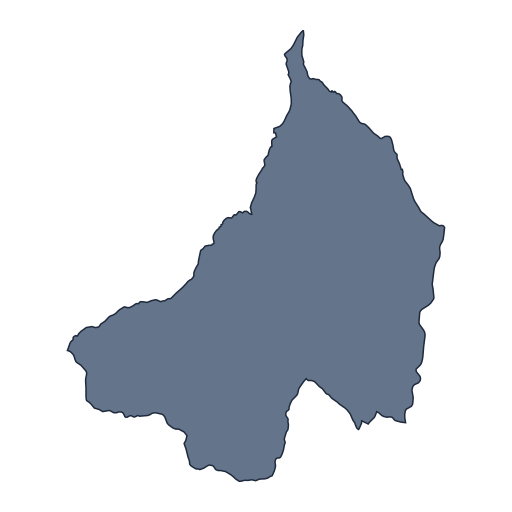 outline of Tenza, Boyacá, Colombia
{"feature_id": "7082276B18084184900557", "entity_name": "Tenza", "entity_type": "district", "adm_level": 2, "iso_a3": "COL", "parent_name": "Colombia", "parent_adm1": "Boyacá", "projection": "equal_earth", "projection_center": [-73.43, 5.079], "detail": "fine", "context": "isolated", "style": "filled", "palette": "slate", "viewbox_px": 512, "rotation_deg": 0, "n_neighbors": 0, "source": "geoboundaries", "source_scale": "gbopen_adm2", "svg_char_len": 6029}
<svg xmlns="http://www.w3.org/2000/svg" viewBox="0 0 512 512"><path d="M444.6,227.5L443.5,226.0L442.7,225.6L441.4,225.4L439.4,225.8L433.9,222.8L431.4,220.8L423.6,213.7L421.4,212.1L420.2,210.4L418.9,207.8L414.9,201.6L413.5,198.6L410.3,188.4L407.7,184.4L405.3,181.5L404.3,179.6L402.7,174.5L402.9,171.9L402.4,169.4L401.3,169.6L399.4,163.5L397.1,158.4L397.0,154.4L395.1,152.6L394.4,151.6L393.8,150.3L392.9,145.1L391.6,140.0L390.7,138.0L390.0,137.1L389.2,136.6L388.1,136.3L385.1,136.4L381.8,138.3L381.1,138.5L380.3,138.4L377.4,135.8L373.7,133.3L368.7,127.6L366.3,125.3L365.1,124.4L364.0,123.9L361.4,123.4L359.5,122.1L355.7,115.9L353.2,112.8L352.0,111.0L347.3,105.9L342.8,102.1L341.9,100.5L342.0,98.2L341.8,96.7L340.4,94.9L339.5,94.1L338.6,93.7L336.6,93.5L335.5,91.9L334.7,91.4L334.4,91.5L334.0,92.2L333.4,92.2L332.2,90.9L331.9,90.9L331.9,91.7L331.5,92.0L329.4,91.2L327.7,88.8L323.8,84.8L322.2,82.3L320.1,81.0L319.0,79.7L317.9,79.5L316.2,79.5L313.6,78.7L312.8,78.6L311.7,79.1L310.0,78.8L308.6,77.2L307.9,75.9L307.0,71.6L305.1,67.6L303.7,65.0L303.4,64.0L303.8,61.9L302.0,55.7L301.8,54.2L301.9,48.8L302.7,45.7L303.0,40.2L303.8,35.0L303.4,30.8L302.9,30.7L301.2,32.3L297.3,37.2L293.6,44.7L290.9,48.7L285.1,53.5L284.5,54.5L284.9,55.7L286.6,58.1L287.0,59.2L287.1,61.1L286.4,62.5L286.1,64.0L288.7,71.6L288.8,73.4L288.2,74.4L288.2,74.8L290.2,78.7L291.3,81.6L290.6,83.1L289.9,86.1L290.2,91.3L291.2,98.1L291.3,103.2L291.2,104.4L289.9,109.6L289.1,111.5L286.5,116.0L284.2,121.2L282.4,123.9L279.7,126.4L273.9,128.5L273.8,132.8L275.3,132.8L275.5,133.0L276.5,136.9L272.6,139.2L271.9,140.2L271.7,141.8L271.9,146.5L271.0,146.8L270.5,147.3L269.4,149.6L268.6,152.6L268.1,155.2L266.0,157.2L264.2,159.7L264.1,160.8L264.8,164.8L264.6,165.7L263.6,167.2L262.4,168.3L261.8,169.8L258.8,174.3L256.6,178.5L256.0,180.9L256.6,182.8L256.8,182.8L256.2,184.4L256.1,185.4L256.1,188.8L255.8,193.0L254.2,197.4L251.6,202.9L250.3,207.7L250.8,209.1L251.7,214.3L250.9,214.3L249.4,213.5L248.6,212.9L248.2,212.3L246.6,211.3L244.3,211.4L242.7,212.7L242.2,212.8L240.5,211.7L238.9,211.6L236.1,214.9L235.7,215.1L234.5,214.7L233.9,215.0L231.9,217.7L231.3,218.0L228.2,217.6L226.4,218.3L224.4,220.0L223.0,221.8L222.6,223.6L222.2,224.4L221.1,224.7L220.9,226.5L220.3,226.9L219.4,227.0L218.7,228.9L217.6,229.4L216.3,230.7L214.6,233.0L213.4,235.5L213.2,236.1L213.2,238.7L214.0,242.0L213.8,243.6L212.3,244.2L212.0,244.8L211.1,245.3L209.0,245.3L205.1,246.1L203.0,248.8L201.2,250.0L200.6,250.7L198.5,260.7L198.2,264.0L196.0,267.7L194.3,271.3L193.9,272.8L193.8,275.9L193.4,276.9L191.5,279.3L189.4,280.3L187.6,281.8L186.2,283.6L182.4,287.6L176.2,293.1L170.7,298.6L169.4,298.6L167.7,298.9L164.7,300.8L162.5,301.0L161.6,301.5L160.2,301.5L156.7,299.9L155.3,299.8L151.3,300.7L147.2,302.4L143.0,301.8L140.5,301.7L139.5,302.3L138.7,303.7L136.6,303.6L135.9,303.8L132.4,306.2L129.7,307.5L127.9,307.7L126.7,307.5L125.9,307.1L124.1,306.9L119.0,310.1L115.5,313.6L112.9,315.1L110.1,316.1L108.9,317.0L104.9,321.3L100.9,323.9L99.3,326.3L98.5,327.0L95.5,327.6L91.9,326.6L91.1,326.6L90.2,326.9L86.3,327.5L80.8,331.5L78.7,333.7L77.5,335.9L77.1,336.1L75.7,335.6L74.0,336.5L73.2,337.4L73.0,339.8L70.9,341.6L70.1,343.0L67.4,350.5L69.2,351.1L70.5,351.8L72.9,354.1L74.0,356.1L75.1,359.7L76.0,361.7L76.7,362.4L80.9,365.2L85.8,370.8L86.4,371.9L86.7,373.7L85.7,378.7L85.6,380.8L86.0,387.8L86.0,396.3L86.3,399.9L86.9,400.8L89.3,402.4L90.9,403.9L94.4,408.1L99.0,409.4L102.7,411.6L109.1,410.5L110.3,410.8L113.5,412.6L114.7,412.8L116.8,412.7L118.7,411.9L121.5,412.0L122.8,412.8L123.6,413.8L125.0,416.8L125.9,417.3L127.4,417.1L129.8,415.8L130.6,415.7L131.2,415.7L133.5,416.9L134.3,417.0L135.9,416.5L137.4,415.5L139.7,416.2L147.7,415.5L150.0,414.7L151.9,413.4L154.3,412.8L156.2,412.9L161.4,414.1L162.9,414.7L164.7,416.7L167.2,423.2L168.6,424.8L172.5,427.7L173.9,428.4L175.8,429.1L178.7,429.1L184.1,432.0L187.0,435.7L185.8,440.4L184.1,443.5L186.1,449.2L187.9,456.6L189.4,460.9L189.7,464.2L190.7,465.6L193.7,467.6L196.2,469.0L198.3,468.9L199.8,469.6L203.7,468.2L207.8,465.6L208.9,465.2L209.5,465.1L212.7,465.6L213.9,466.8L215.0,468.6L216.1,469.8L218.5,470.6L220.4,470.5L225.4,471.5L230.8,474.7L233.3,476.7L235.9,479.2L239.3,481.3L241.7,481.1L244.3,480.3L248.0,480.4L251.8,479.8L255.7,480.7L259.5,479.1L265.1,478.8L267.9,478.0L269.9,476.6L272.2,475.7L274.3,471.0L275.3,467.4L275.5,465.4L275.0,462.2L275.1,461.3L275.6,459.6L276.0,458.8L276.6,458.4L277.4,458.0L279.0,458.0L279.6,457.8L280.7,456.9L282.2,453.8L283.5,449.8L284.4,445.0L285.2,442.5L284.3,439.3L284.4,438.4L286.3,432.1L287.9,429.7L288.3,426.9L288.4,424.2L287.9,421.8L288.1,419.6L287.8,418.4L286.3,416.3L285.8,414.9L285.8,413.6L286.1,412.3L286.5,411.5L288.2,410.3L289.0,409.3L289.1,407.3L289.7,405.2L291.1,401.8L292.2,399.9L296.3,395.8L297.2,394.6L297.7,393.5L298.6,389.4L299.3,387.8L303.8,381.4L306.2,378.7L307.7,380.2L308.5,380.5L311.5,380.5L314.2,381.4L315.4,382.4L319.4,386.6L322.5,388.8L325.9,393.3L326.8,394.0L328.8,394.7L331.8,398.3L337.3,402.1L339.5,404.2L345.0,408.0L347.2,410.0L350.2,413.9L352.9,420.2L354.7,422.7L355.8,425.9L356.7,427.9L357.6,428.9L358.6,429.5L359.2,428.6L361.5,423.3L361.7,420.8L368.2,424.0L369.4,422.3L374.2,417.6L375.1,416.0L376.7,411.7L378.7,412.7L381.8,415.5L383.6,416.4L386.7,417.2L390.0,416.9L391.5,417.1L392.6,417.7L394.4,419.9L395.4,420.6L400.9,422.1L405.6,422.7L404.9,418.6L404.7,416.2L404.8,413.9L405.4,410.6L406.4,409.1L411.4,406.3L412.6,404.2L412.9,401.9L413.2,397.4L412.0,390.7L412.1,389.0L412.6,387.2L413.3,385.8L414.5,384.6L418.5,382.8L420.2,380.5L420.4,379.6L420.5,378.3L420.0,376.3L416.4,371.8L416.0,369.9L416.2,369.0L420.2,365.1L421.2,363.6L421.9,361.6L422.5,359.0L422.9,356.1L423.7,346.2L425.0,336.3L425.0,334.1L424.6,332.2L423.7,330.3L419.6,324.6L419.1,323.3L419.0,321.6L419.7,312.8L420.1,311.5L421.7,309.5L428.6,305.1L431.0,302.8L433.6,299.0L433.9,297.9L433.8,296.3L433.0,288.7L432.2,284.4L434.0,269.8L434.5,267.3L435.3,264.8L436.2,262.6L439.1,258.5L439.8,256.3L440.1,252.9L439.6,248.2L439.8,246.4L440.5,244.6L442.4,241.3L443.1,239.5L443.9,234.1L444.6,227.5Z" fill="#64748b" stroke="#1e293b" stroke-width="1.5"/></svg>